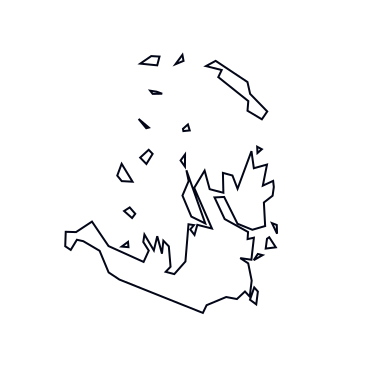 the border of Greece, rotated 218°
{"feature_id": "GRC", "entity_name": "Greece", "entity_type": "country or territory", "adm_level": 0, "iso_a3": "GRC", "parent_name": "Europe", "parent_adm1": "", "projection": "mercator", "projection_center": [23.941, 38.339], "detail": "medium", "context": "isolated", "style": "outline", "palette": "ink", "viewbox_px": 384, "rotation_deg": 218, "n_neighbors": 0, "source": "natural_earth", "source_scale": "50m", "svg_char_len": 1957}
<svg xmlns="http://www.w3.org/2000/svg" viewBox="0 0 384 384"><g transform="rotate(218 192 192)"><path d="M258.5,71.2L267.0,82.9L258.7,89.0L252.6,107.1L224.5,98.0L187.1,107.1L190.0,119.2L199.6,122.6L203.3,129.2L186.1,122.5L192.2,135.8L177.7,124.9L184.6,136.0L176.8,134.9L162.9,119.9L163.6,112.9L155.4,116.4L154.4,133.2L174.9,164.4L170.1,167.1L170.3,161.4L163.6,159.7L167.6,169.4L153.8,175.5L192.8,196.6L195.2,216.6L179.8,205.1L166.8,210.7L179.4,226.1L170.3,229.9L158.1,222.6L170.3,260.8L157.9,248.8L149.8,259.8L140.1,240.6L134.9,250.7L130.6,246.3L126.2,238.7L128.9,228.0L113.4,210.2L121.2,199.4L136.6,195.0L163.6,207.9L170.9,201.6L149.6,190.8L123.2,195.0L119.2,189.1L115.1,194.1L103.5,175.2L113.3,169.6L103.8,170.4L90.4,158.9L82.1,145.1L89.0,146.2L90.7,135.3L100.4,130.3L110.8,111.8L109.0,103.4L195.3,78.3L208.2,77.3L228.6,88.8L247.4,86.3L253.3,83.5L251.9,71.7L258.5,71.2ZM181.7,292.3L198.3,290.2L203.6,298.3L242.0,298.7L243.7,306.4L258.5,299.8L254.1,309.9L216.0,312.8L206.6,305.1L182.3,301.8L181.7,292.3ZM177.4,172.2L197.3,183.3L201.4,198.6L209.8,205.7L162.2,175.4L177.4,172.2ZM261.0,158.9L264.8,170.9L245.2,163.5L254.1,157.3L261.0,158.9ZM301.0,278.7L297.4,270.4L311.8,261.3L307.8,274.0L301.0,278.7ZM252.1,198.6L246.5,197.8L245.2,186.0L254.0,187.2L252.1,198.6ZM99.1,192.8L104.1,201.3L103.3,203.9L91.9,200.0L99.1,192.8ZM84.2,155.1L78.8,154.1L72.2,143.0L80.0,142.8L84.2,155.1ZM233.8,135.2L231.6,141.5L223.3,139.9L223.2,134.6L233.8,135.2ZM267.3,214.1L279.0,216.7L265.7,216.2L267.3,214.1ZM213.8,105.7L211.7,113.3L208.1,109.4L213.8,105.7ZM99.3,211.5L109.8,216.7L104.9,218.2L99.3,211.5ZM236.8,242.7L231.7,239.1L236.3,234.7L238.0,236.2L236.8,242.7ZM220.4,209.8L220.6,217.3L213.2,207.7L220.4,209.8ZM284.0,294.2L279.4,290.1L283.7,282.5L284.0,294.2ZM102.0,183.7L97.5,185.7L101.4,176.3L102.0,183.7ZM168.5,267.8L163.3,268.7L164.4,263.0L168.5,267.8ZM276.0,251.1L283.4,245.1L287.3,246.1L281.6,249.3L276.0,251.1Z" fill="none" stroke="#020617" stroke-width="2"/></g></svg>